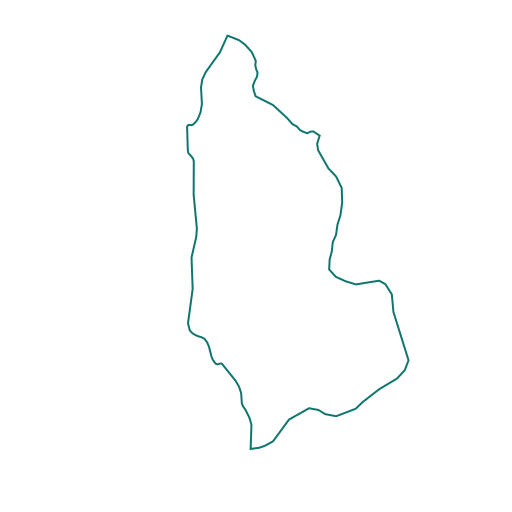 map outline of Doukkala - Abda (Natural Earth projection), rotated 319°
{"feature_id": "MAR-1457", "entity_name": "Doukkala - Abda", "entity_type": "Region", "adm_level": 1, "iso_a3": "MAR", "parent_name": "Morocco", "parent_adm1": "", "projection": "natural_earth1", "projection_center": [-8.625, 32.606], "detail": "fine", "context": "isolated", "style": "outline", "palette": "teal", "viewbox_px": 512, "rotation_deg": 319, "n_neighbors": 0, "source": "natural_earth", "source_scale": "10m", "svg_char_len": 1453}
<svg xmlns="http://www.w3.org/2000/svg" viewBox="0 0 512 512"><g transform="rotate(319 256 256)"><path d="M125.4,398.1L141.7,380.5L143.9,376.1L145.2,372.9L147.3,364.3L147.6,360.8L148.5,358.1L154.8,349.8L157.3,343.9L158.7,337.2L159.6,315.1L158.9,314.0L155.6,312.3L154.9,310.7L155.3,306.1L156.4,302.8L161.2,293.2L162.5,288.9L162.8,284.6L161.4,281.2L159.9,279.0L158.4,275.9L157.3,272.3L157.2,268.7L160.6,262.1L186.5,239.4L206.4,214.8L223.4,202.4L229.3,196.6L249.1,168.9L271.1,143.8L272.4,141.3L272.6,138.6L272.5,133.9L274.1,131.2L288.6,113.5L290.0,112.7L291.5,113.1L293.2,115.0L294.7,115.5L299.0,115.2L302.1,114.4L308.5,111.1L314.9,105.8L325.1,92.7L331.3,87.5L338.5,84.3L362.4,78.6L379.0,71.0L379.3,71.4L384.8,82.0L386.4,89.2L386.6,99.2L383.9,108.5L380.5,111.7L378.6,115.3L377.6,118.4L374.5,121.3L370.0,123.0L365.3,125.5L362.7,129.9L360.5,135.2L367.9,153.3L370.0,172.4L370.0,180.4L371.8,185.0L371.8,189.8L373.2,193.3L375.2,197.0L378.7,197.9L381.0,199.6L383.0,206.9L375.7,211.5L372.3,216.9L368.1,237.5L368.6,248.6L365.3,260.9L356.2,272.1L346.5,280.6L338.3,285.6L330.2,292.6L323.1,295.9L315.8,302.6L309.5,306.8L302.4,314.1L302.6,324.1L307.0,333.8L312.8,343.0L332.7,355.4L335.2,362.1L333.3,374.1L323.0,388.4L302.7,434.8L293.3,439.8L282.0,441.0L262.0,437.4L241.0,436.2L231.0,436.7L211.4,429.5L204.5,420.8L202.1,413.2L196.2,405.7L173.6,401.1L147.4,407.0L138.6,405.2L132.7,402.9L126.0,398.5L125.4,398.1Z" fill="none" stroke="#0f766e" stroke-width="2"/></g></svg>